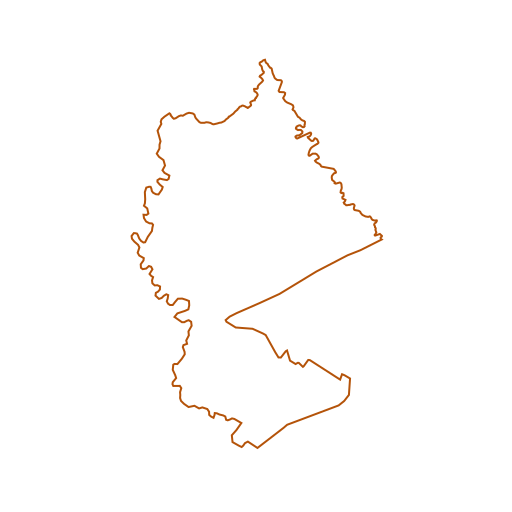 Arbolito, Cerro Largo, Uruguay, rotated 215°
{"feature_id": "84410073B155313044366", "entity_name": "Arbolito", "entity_type": "district", "adm_level": 2, "iso_a3": "URY", "parent_name": "Uruguay", "parent_adm1": "Cerro Largo", "projection": "mercator", "projection_center": [-54.143, -32.623], "detail": "fine", "context": "isolated", "style": "outline", "palette": "amber", "viewbox_px": 512, "rotation_deg": 215, "n_neighbors": 0, "source": "geoboundaries", "source_scale": "gbopen_adm2", "svg_char_len": 6136}
<svg xmlns="http://www.w3.org/2000/svg" viewBox="0 0 512 512"><g transform="rotate(215 256 256)"><path d="M162.5,341.6L163.6,341.6L164.5,342.5L164.5,343.0L164.1,344.1L164.4,344.7L167.2,345.1L169.9,341.3L170.3,341.0L170.7,341.1L170.9,341.4L170.7,342.3L171.0,344.4L173.2,345.9L173.3,346.6L173.7,347.2L174.2,347.6L174.9,347.7L175.5,348.5L177.1,349.3L177.4,350.2L177.5,350.8L176.9,352.4L177.1,354.0L177.4,354.4L178.0,354.2L178.9,353.2L181.3,352.4L182.4,352.6L183.2,353.1L185.0,353.8L185.7,353.6L186.5,352.4L189.0,351.2L192.3,350.7L193.0,350.8L195.2,351.4L196.0,352.0L197.2,352.0L198.1,351.8L201.4,350.3L202.2,350.3L203.0,350.9L203.6,351.9L203.9,353.1L204.3,354.0L205.0,354.3L205.8,354.4L206.6,354.0L208.2,352.3L208.3,351.8L209.5,350.9L210.0,350.3L211.2,349.3L212.4,349.5L213.6,349.4L214.8,350.1L214.5,351.2L214.6,352.3L214.9,353.3L218.1,352.7L219.1,353.7L218.7,355.5L220.3,357.6L221.4,357.4L221.8,356.8L222.2,356.5L223.2,356.6L224.1,358.4L224.3,359.8L224.9,361.1L227.2,363.8L228.4,364.4L229.5,364.3L232.1,361.1L232.6,360.8L233.4,360.8L233.4,361.4L234.3,361.8L237.3,362.0L238.9,363.6L239.7,365.0L239.7,366.8L239.4,368.8L238.8,369.3L238.4,370.0L238.5,370.4L239.2,371.0L241.4,371.7L242.4,371.9L253.4,366.9L254.2,366.9L255.5,367.6L256.9,367.8L259.9,367.4L261.4,367.5L262.3,367.9L261.8,370.0L261.0,371.3L260.8,372.1L261.1,372.9L262.0,373.5L264.6,374.2L266.1,373.9L268.3,372.3L269.5,368.9L270.0,368.6L270.5,368.6L271.2,369.2L272.0,371.1L272.6,373.2L272.9,375.7L272.4,377.8L270.4,382.6L270.0,383.0L269.8,384.6L270.3,385.1L272.4,386.3L273.4,386.6L275.0,386.4L275.4,386.0L275.2,383.3L276.1,382.3L276.9,382.1L281.4,382.7L281.9,383.2L281.0,384.3L280.6,385.2L280.6,387.0L281.1,388.0L281.9,388.4L282.6,388.0L289.6,375.9L290.3,375.6L291.5,375.9L292.1,376.3L292.2,376.6L291.7,378.0L289.7,379.8L288.6,383.2L289.4,384.6L291.5,385.0L293.4,383.7L293.6,383.4L293.9,383.2L296.0,383.1L296.6,383.5L296.8,384.0L296.6,384.3L297.0,385.3L296.0,387.2L295.3,388.0L294.5,388.5L293.2,388.2L291.4,388.4L290.7,389.1L290.6,390.2L291.4,391.0L291.6,391.5L291.6,392.0L292.9,394.0L294.1,394.2L295.8,393.7L297.6,393.7L299.7,394.3L301.5,394.1L307.7,396.9L309.5,396.8L310.1,397.0L310.5,399.1L311.3,400.0L312.2,400.6L314.3,400.5L318.4,399.6L320.8,399.6L323.6,400.6L324.4,401.0L324.8,404.8L325.6,406.2L327.0,406.2L330.8,403.8L331.5,404.0L332.2,404.3L334.5,413.1L334.9,413.8L335.6,414.2L336.2,414.3L337.1,413.9L338.9,412.7L339.8,412.3L342.2,412.4L343.1,412.7L344.9,414.0L345.6,414.3L347.2,415.3L350.7,418.5L351.9,418.6L352.3,418.3L355.2,419.2L356.8,420.1L358.0,419.9L359.5,420.5L361.2,421.9L362.3,420.5L362.8,418.4L363.6,417.2L363.7,416.1L362.7,415.0L360.1,414.5L357.8,412.3L356.5,411.5L355.3,411.4L354.7,410.5L355.3,407.8L356.1,406.0L355.9,405.0L353.9,404.9L352.2,404.5L350.9,403.8L350.9,402.3L351.8,398.3L351.9,396.6L351.7,395.7L350.9,394.6L350.9,393.8L351.4,393.2L353.4,391.8L353.3,391.4L352.2,390.6L351.7,390.0L350.1,390.2L348.8,390.0L347.4,389.3L347.0,388.9L346.7,387.2L346.9,385.9L346.6,385.3L347.0,384.6L346.3,382.8L347.2,382.1L348.7,379.4L348.8,379.0L348.7,378.4L346.8,377.1L346.5,376.6L346.6,375.5L346.9,374.9L347.6,372.6L347.9,372.4L348.5,372.7L349.7,372.3L350.8,372.3L352.0,372.0L353.1,371.7L353.8,370.9L354.0,370.1L354.8,369.1L355.1,367.7L354.9,367.0L355.3,365.6L355.1,365.1L355.9,362.5L356.2,359.6L357.8,354.9L358.2,354.6L358.2,354.1L358.0,353.9L358.1,353.0L358.9,350.7L359.2,348.5L360.9,345.5L362.4,344.1L363.7,342.4L366.2,339.6L367.3,339.1L369.6,338.9L371.8,338.0L373.5,337.0L374.6,335.6L377.6,333.5L379.1,333.2L383.7,334.2L385.1,334.7L387.6,336.5L389.6,336.5L393.0,334.9L394.6,332.8L396.4,328.9L398.1,328.1L399.4,326.3L400.8,322.8L402.0,321.3L403.5,321.4L405.3,322.0L406.5,322.2L406.9,322.8L407.9,323.2L408.8,323.2L410.9,317.6L411.8,313.8L411.0,311.3L409.3,309.9L408.5,302.2L400.0,295.2L398.9,291.9L396.7,288.7L396.0,282.9L392.3,281.6L386.8,281.5L382.4,277.9L381.8,272.6L378.6,271.6L373.1,272.2L371.8,269.0L372.5,267.1L376.4,265.3L379.1,264.3L380.2,261.6L379.3,260.2L375.8,259.3L372.0,259.0L371.2,256.4L371.2,250.5L373.4,249.2L376.6,248.8L378.6,249.5L380.4,251.2L382.0,252.2L383.3,251.4L385.1,249.1L383.7,244.6L379.3,238.9L377.2,235.4L376.6,232.9L372.4,232.6L368.5,229.0L369.2,226.9L371.8,225.3L369.5,222.8L365.8,221.2L362.0,221.7L359.9,223.0L358.2,222.5L357.1,219.7L355.6,216.8L355.6,209.6L354.7,203.7L355.9,202.5L358.7,202.4L361.6,203.3L365.0,205.5L366.4,206.1L368.0,205.4L369.2,204.7L369.4,201.0L367.5,199.0L363.9,198.0L359.0,197.5L356.4,196.1L354.8,190.8L351.9,189.4L346.7,189.9L345.6,187.8L345.7,183.1L343.5,180.4L341.3,180.2L338.7,182.8L338.0,186.3L335.7,187.0L333.2,185.7L332.9,180.2L330.5,179.6L328.2,179.7L327.2,176.4L325.2,174.2L322.1,173.8L320.0,175.5L317.1,176.0L315.5,173.4L315.8,170.6L316.9,168.4L315.6,165.9L310.9,165.2L309.2,167.5L308.7,170.5L307.5,173.2L305.5,173.6L303.9,170.4L303.1,167.7L300.7,166.5L298.4,166.5L296.1,168.1L295.9,172.0L295.5,176.2L292.0,178.8L288.5,179.9L285.1,180.7L282.4,177.3L280.8,173.5L282.7,170.3L287.5,163.9L287.8,159.3L278.7,159.3L276.8,160.6L275.5,163.2L274.3,164.8L271.4,164.9L268.7,161.9L268.1,155.5L265.5,152.5L264.7,146.8L262.1,144.5L264.3,141.4L263.7,139.4L259.5,136.5L258.0,134.6L257.8,129.2L258.4,122.4L260.9,120.8L261.4,119.5L258.9,115.0L253.9,112.1L251.4,110.2L251.8,104.9L250.9,103.1L249.2,102.1L243.9,105.9L241.4,104.9L240.1,100.9L238.3,98.7L236.7,96.1L234.3,94.3L230.2,93.6L224.6,93.6L220.5,98.0L215.2,98.5L213.1,101.2L208.1,102.7L205.1,101.5L203.2,99.0L200.7,98.7L198.0,99.1L198.8,102.0L199.7,103.7L197.8,104.7L195.0,105.2L191.4,106.6L189.1,106.9L186.5,104.7L184.9,105.2L183.5,107.2L182.5,109.2L180.3,110.1L172.2,110.8L172.2,102.1L173.0,95.3L168.5,90.1L161.2,90.8L158.2,91.3L157.7,93.3L157.7,96.4L156.2,99.3L144.7,99.6L134.9,130.9L133.7,135.6L102.6,181.0L100.6,187.8L100.2,195.5L108.7,209.6L115.1,209.1L117.7,208.5L116.2,203.0L152.2,201.6L153.6,200.8L153.7,193.1L154.0,192.1L159.6,193.0L160.5,192.5L161.6,190.2L168.1,189.8L176.4,196.4L177.0,195.0L177.4,187.1L179.4,185.8L185.0,188.2L202.7,196.8L205.9,196.5L217.1,194.4L231.6,185.8L242.5,185.2L244.1,186.1L242.8,191.2L239.1,198.1L226.0,219.6L215.0,238.4L197.6,278.0L181.4,309.1L173.8,320.6L162.5,341.6Z" fill="none" stroke="#b45309" stroke-width="2"/></g></svg>